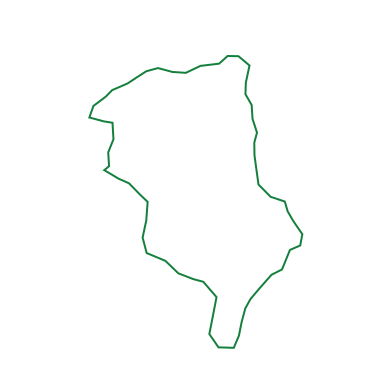 Kyra, Cyprus, rotated 105°
{"feature_id": "46923920B69110697471106", "entity_name": "Kyra", "entity_type": "district", "adm_level": 2, "iso_a3": "CYP", "parent_name": "Cyprus", "parent_adm1": "", "projection": "albers", "projection_center": [33.068, 35.212], "detail": "fine", "context": "isolated", "style": "outline", "palette": "green", "viewbox_px": 384, "rotation_deg": 105, "n_neighbors": 0, "source": "geoboundaries", "source_scale": "gbopen_adm2", "svg_char_len": 876}
<svg xmlns="http://www.w3.org/2000/svg" viewBox="0 0 384 384"><g transform="rotate(105 192 192)"><path d="M51.4,192.8L61.0,199.0L68.0,216.5L78.5,228.8L81.1,242.0L81.1,256.9L87.2,267.4L95.9,275.3L103.8,282.3L114.3,295.5L122.1,299.9L134.4,309.5L146.6,310.4L146.6,295.5L145.7,286.7L161.4,281.5L175.4,283.2L188.5,278.8L193.6,282.4L198.1,266.5L199.9,255.1L207.7,242.0L213.0,232.3L231.3,228.8L248.8,227.9L262.7,220.0L265.4,199.9L274.1,184.1L275.8,168.3L275.8,157.8L287.2,141.1L312.5,139.3L324.7,138.5L335.2,126.2L331.7,111.3L318.6,109.5L304.6,110.4L290.7,110.4L280.2,107.8L267.1,101.6L251.4,93.8L243.5,85.0L222.6,82.4L215.6,73.6L204.2,74.5L193.8,86.7L185.9,94.6L177.2,99.9L176.3,114.8L167.6,129.7L151.0,136.7L140.5,141.1L128.3,144.6L117.8,144.6L105.6,152.5L92.5,156.9L83.7,165.7L72.4,168.3L54.9,169.2L48.8,182.3L51.4,192.8Z" fill="none" stroke="#15803d" stroke-width="2"/></g></svg>